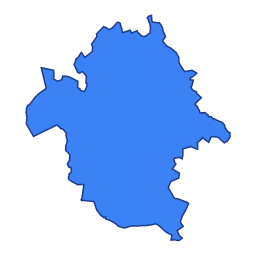 Shira, Bauchi, Nigeria (Natural Earth projection)
{"feature_id": "59680162B33775428128459", "entity_name": "Shira", "entity_type": "district", "adm_level": 2, "iso_a3": "NGA", "parent_name": "Nigeria", "parent_adm1": "Bauchi", "projection": "natural_earth1", "projection_center": [10.019, 11.46], "detail": "fine", "context": "isolated", "style": "filled", "palette": "blue", "viewbox_px": 256, "rotation_deg": 0, "n_neighbors": 0, "source": "geoboundaries", "source_scale": "gbopen_adm2", "svg_char_len": 4096}
<svg xmlns="http://www.w3.org/2000/svg" viewBox="0 0 256 256"><path d="M182.1,238.3L182.1,237.7L181.0,237.0L180.5,236.6L179.2,235.5L177.2,230.6L182.7,226.8L183.2,226.4L180.3,222.1L182.1,216.6L182.9,214.9L185.7,210.1L187.9,204.9L188.6,203.9L188.4,203.2L187.2,202.4L178.4,199.0L174.5,198.5L168.3,187.7L169.2,185.3L170.8,181.5L178.7,178.1L179.4,173.2L172.3,168.9L175.9,164.1L174.9,163.1L173.8,159.3L174.4,158.4L179.1,157.3L182.2,158.8L182.8,155.4L182.9,150.9L182.9,148.8L186.4,147.9L188.0,147.4L188.7,147.4L191.1,146.3L191.7,147.0L197.5,149.2L197.7,146.8L197.5,143.9L197.3,142.2L198.3,141.9L201.7,139.0L202.4,137.6L208.7,142.3L211.4,136.5L217.1,137.1L217.5,136.9L219.3,138.2L219.5,138.5L224.3,142.9L224.5,142.6L227.5,141.0L229.6,137.7L230.0,136.4L230.0,135.2L229.9,132.5L228.1,132.1L224.7,127.1L224.7,125.2L222.3,122.5L217.4,120.4L217.3,120.5L214.3,118.9L213.1,118.8L212.0,117.7L210.9,116.6L208.9,116.9L208.4,116.4L208.3,115.2L205.3,113.3L205.2,112.6L200.0,112.9L199.2,110.1L198.5,109.4L197.3,106.5L195.0,104.2L195.2,103.7L199.6,99.4L201.3,97.8L196.8,93.5L196.7,93.4L196.3,91.7L192.5,90.1L190.9,86.6L192.0,85.5L193.3,80.2L190.1,79.8L190.0,78.5L196.3,73.8L196.7,73.4L196.4,72.8L196.1,72.7L192.0,70.3L186.9,71.2L186.6,71.3L184.7,71.6L182.0,67.7L180.1,64.9L179.8,63.9L179.2,63.2L178.8,60.3L178.8,60.2L178.8,57.5L177.2,54.5L176.2,52.6L174.7,51.5L173.3,50.1L170.4,47.9L167.3,46.4L162.9,41.6L163.0,40.1L165.5,36.8L164.9,35.2L163.4,31.6L162.9,30.2L162.5,27.8L159.5,22.8L158.3,22.9L157.0,22.7L156.4,22.6L155.0,22.4L153.4,22.2L152.4,22.0L151.8,20.2L151.5,15.4L148.9,16.1L147.2,17.7L147.9,18.9L149.1,22.2L150.0,24.5L150.2,26.0L150.5,27.9L150.3,29.1L150.2,30.6L150.3,32.8L148.3,34.2L146.5,35.5L145.4,36.2L143.7,36.5L142.9,36.3L142.2,36.3L141.3,35.5L137.9,32.5L137.0,30.7L131.8,33.0L130.1,30.1L126.7,31.3L126.0,31.5L125.0,31.9L122.6,32.5L122.0,30.5L121.7,28.2L121.0,27.0L120.2,23.2L118.3,22.3L117.2,22.4L116.2,23.7L115.2,24.8L112.6,27.5L112.5,28.1L108.4,29.6L106.6,27.8L103.7,26.6L96.5,34.0L96.9,36.4L94.3,40.4L93.2,41.9L91.6,44.2L92.7,47.4L92.4,49.9L92.3,51.5L87.8,55.1L84.6,57.4L81.8,52.9L81.4,52.4L77.7,57.8L77.0,58.1L75.5,59.9L75.5,61.6L74.4,63.7L74.1,64.6L77.7,72.3L79.5,73.2L82.0,71.7L82.4,71.7L84.9,74.2L85.9,75.8L86.4,76.2L85.9,83.0L87.2,83.9L86.8,86.3L84.5,91.7L80.4,90.4L80.0,89.0L77.6,87.4L77.9,81.3L69.6,77.1L68.4,76.5L62.8,76.0L61.8,79.6L57.7,81.3L55.6,80.1L53.5,78.9L54.0,74.8L53.6,70.3L41.3,67.7L46.1,87.6L45.7,88.8L41.5,91.8L39.7,93.0L35.3,97.1L32.3,101.0L31.9,101.5L29.5,104.6L27.6,105.5L26.4,108.8L26.5,110.5L26.2,111.5L26.0,112.2L26.5,113.4L26.5,115.1L26.6,115.6L27.0,116.9L26.3,123.9L27.7,126.3L33.5,136.4L41.2,132.6L56.9,125.0L60.2,127.8L60.7,128.8L61.2,128.8L61.5,128.8L61.8,128.8L62.0,128.8L62.3,128.8L62.6,128.9L65.2,131.7L66.5,133.8L66.2,134.4L66.0,135.1L66.2,136.1L66.4,137.2L66.6,138.4L67.0,139.4L67.4,140.3L67.2,141.2L66.8,142.8L66.0,145.2L65.7,146.4L65.7,147.6L65.7,148.7L65.7,150.5L67.0,151.6L68.3,152.8L69.2,154.1L69.8,155.0L69.8,157.3L69.5,158.9L69.6,160.1L69.2,160.9L67.4,163.8L67.8,165.1L68.4,166.2L69.0,167.2L69.3,167.6L70.0,167.5L70.6,167.5L71.0,167.8L71.2,168.6L71.2,170.2L71.3,171.5L71.5,172.6L70.6,173.0L69.8,173.1L69.4,173.6L69.4,174.1L68.9,174.5L69.2,175.3L69.1,176.0L68.7,176.7L68.6,177.1L68.3,177.7L68.5,178.9L69.5,180.0L73.7,182.6L75.6,183.4L77.5,184.7L79.9,184.5L81.2,184.5L83.2,184.5L83.9,184.7L81.9,198.5L81.2,199.3L81.2,200.0L81.5,200.1L81.6,200.3L81.8,200.2L81.9,200.4L82.0,200.3L93.9,201.5L96.9,210.4L100.9,215.4L101.1,215.3L101.2,215.6L101.6,216.0L102.1,216.2L102.5,216.6L102.9,216.9L103.3,217.0L103.5,217.2L103.6,217.4L103.9,217.7L104.1,217.6L104.3,217.4L104.5,217.2L105.0,217.1L105.5,217.1L105.5,217.9L105.7,218.4L106.0,219.2L109.3,220.0L110.7,220.8L111.4,221.2L115.5,223.6L116.9,224.8L118.5,226.3L124.3,228.0L131.1,226.0L132.8,226.0L138.8,226.0L140.7,225.7L141.6,225.6L146.3,225.6L149.3,225.1L151.5,224.8L155.5,223.8L158.2,225.1L159.3,226.0L161.7,228.0L163.6,229.8L165.9,231.9L169.1,233.7L171.9,235.2L171.0,240.1L175.2,239.8L175.6,239.9L176.7,240.3L178.1,240.6L179.5,240.2L180.3,239.6L182.1,238.3Z" fill="#3b82f6" stroke="#1e3a8a" stroke-width="1.5"/></svg>